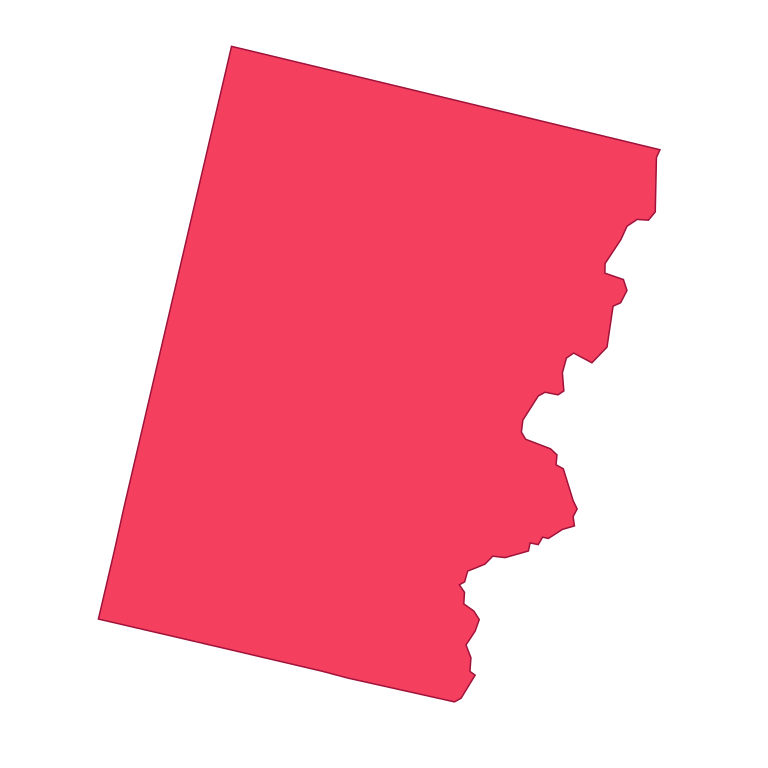 Lincoln, Washington, United States of America, rotated 103°
{"feature_id": "52423323B25148462267698", "entity_name": "Lincoln", "entity_type": "district", "adm_level": 2, "iso_a3": "USA", "parent_name": "United States of America", "parent_adm1": "Washington", "projection": "natural_earth1", "projection_center": [-118.323, 47.609], "detail": "fine", "context": "isolated", "style": "filled", "palette": "rose", "viewbox_px": 768, "rotation_deg": 103, "n_neighbors": 0, "source": "geoboundaries", "source_scale": "gbopen_adm2", "svg_char_len": 948}
<svg xmlns="http://www.w3.org/2000/svg" viewBox="0 0 768 768"><g transform="rotate(103 384 384)"><path d="M155.3,158.4L102.0,169.5L93.7,167.8L91.9,331.7L89.3,608.5L564.0,609.6L607.5,609.2L677.3,609.4L677.4,512.9L677.8,380.2L678.7,352.5L677.9,243.8L672.8,238.2L647.2,229.7L644.7,235.6L631.2,237.7L619.8,245.4L604.3,239.6L592.1,238.2L585.0,245.4L580.3,256.8L568.9,258.7L562.7,265.4L558.6,260.9L547.5,260.4L536.8,245.1L527.3,239.3L525.9,226.9L514.2,205.7L506.0,205.9L505.8,197.6L497.6,195.0L497.5,189.1L485.6,177.5L479.4,166.5L470.7,169.9L462.3,167.7L455.2,173.4L426.3,190.2L424.0,198.2L414.2,199.5L409.7,207.1L406.0,233.5L400.0,239.3L388.0,240.6L361.0,231.0L355.8,225.2L355.4,212.0L350.3,207.2L333.0,212.7L317.7,212.1L311.2,206.2L316.6,186.2L297.9,175.0L256.6,178.3L251.6,171.7L238.2,168.3L228.4,174.2L226.3,193.7L216.9,195.7L190.1,185.7L175.6,182.7L166.7,174.4L164.9,163.2L155.3,158.4Z" fill="#f43f5e" stroke="#9f1239" stroke-width="1.5"/></g></svg>